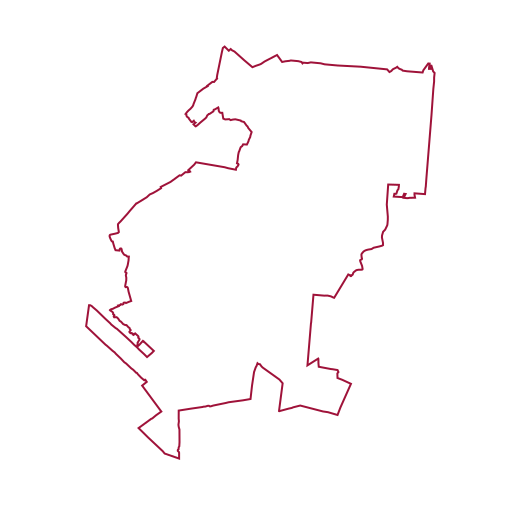 Adamclisi, Constanta, Romania (orthographic projection), rotated 6°
{"feature_id": "2599482B83158336135289", "entity_name": "Adamclisi", "entity_type": "district", "adm_level": 2, "iso_a3": "ROU", "parent_name": "Romania", "parent_adm1": "Constanta", "projection": "orthographic", "projection_center": [27.939, 44.112], "detail": "fine", "context": "isolated", "style": "outline", "palette": "rose", "viewbox_px": 512, "rotation_deg": 6, "n_neighbors": 0, "source": "geoboundaries", "source_scale": "gbopen_adm2", "svg_char_len": 6057}
<svg xmlns="http://www.w3.org/2000/svg" viewBox="0 0 512 512"><g transform="rotate(6 256 256)"><path d="M417.6,176.8L417.5,170.7L417.6,169.4L417.3,159.8L415.8,97.7L414.9,71.3L414.9,63.9L414.5,59.9L414.5,55.3L412.9,53.9L410.6,48.4L410.4,48.4L410.3,48.9L410.6,51.6L408.5,51.8L408.4,50.9L408.6,46.5L407.2,46.5L403.0,53.8L402.5,56.1L386.9,56.5L382.5,56.3L381.5,55.5L378.9,54.8L377.4,53.8L376.7,53.1L375.6,54.1L373.3,55.5L372.5,56.1L371.2,57.9L369.5,59.1L366.9,56.7L340.3,56.8L317.4,58.0L304.2,58.2L300.2,57.6L290.3,57.7L287.3,58.7L282.8,58.8L282.1,59.6L281.0,58.3L277.6,57.8L270.2,57.9L268.9,58.4L264.8,59.3L261.7,60.3L255.9,53.9L244.3,61.6L241.0,64.4L239.6,65.2L236.1,66.8L232.7,68.6L223.6,62.4L213.2,54.9L210.6,53.9L209.2,52.8L207.5,54.7L202.9,51.0L201.3,52.6L200.8,56.5L198.5,80.1L198.4,83.0L198.8,83.5L198.7,83.8L198.3,84.1L196.1,87.3L194.4,87.4L189.7,91.8L190.1,92.2L186.1,95.1L180.7,100.2L180.0,103.8L179.6,105.3L179.4,106.5L178.0,111.4L177.8,112.6L177.2,114.0L175.4,116.5L173.8,118.2L172.4,120.0L171.2,122.0L171.7,122.1L172.0,122.6L172.1,123.6L172.7,124.6L174.6,125.7L174.8,126.3L177.7,129.4L178.5,129.6L180.0,128.0L180.9,129.3L181.9,129.7L180.1,131.6L182.3,133.4L182.5,133.4L184.1,132.0L186.8,129.0L191.1,124.6L192.1,123.4L192.8,121.3L194.0,120.0L194.2,119.7L194.9,119.6L198.5,116.6L198.6,116.3L198.6,115.2L198.8,114.9L199.8,114.5L202.9,112.2L203.3,113.0L203.8,115.5L204.8,116.9L205.4,117.2L206.1,117.3L207.5,117.1L209.1,122.8L211.1,123.4L215.1,122.7L216.5,123.5L218.8,122.7L221.2,122.2L226.7,122.9L227.2,123.5L230.1,124.0L233.1,127.4L234.0,128.0L235.0,129.6L238.7,133.2L237.9,136.8L237.8,138.3L236.7,141.2L236.6,142.3L236.1,143.9L235.3,146.1L231.5,146.3L230.8,148.1L229.5,149.3L229.2,150.1L228.5,153.0L228.3,153.8L228.0,154.4L227.7,157.4L227.7,162.5L227.4,165.8L228.7,166.2L229.1,167.0L228.2,169.0L227.5,169.6L227.1,170.3L227.0,172.3L219.1,171.6L215.6,171.0L186.5,169.1L185.0,171.6L179.6,177.8L179.7,178.0L180.3,177.9L181.4,178.6L181.7,179.0L180.8,179.5L178.9,179.9L177.0,180.0L173.1,183.9L171.8,183.7L171.5,183.8L163.2,191.3L154.0,197.3L154.5,198.5L150.4,201.7L146.9,204.2L143.9,205.9L141.2,209.0L131.6,216.4L131.4,216.3L125.8,224.3L123.9,227.2L117.6,235.9L116.4,237.3L115.4,238.8L115.5,239.8L116.0,242.5L117.1,246.5L116.3,247.5L113.6,248.5L109.0,250.0L108.5,250.4L108.3,250.8L108.4,252.0L109.3,253.8L110.3,255.5L111.1,256.5L112.1,256.6L112.8,258.6L114.6,262.9L115.7,264.9L119.6,264.9L119.7,263.5L120.0,262.9L120.8,262.6L121.2,262.7L121.6,263.2L122.3,265.6L124.0,267.7L124.8,268.5L127.1,269.2L127.6,269.8L128.1,270.0L129.6,269.9L129.6,271.1L129.7,273.8L129.4,278.0L129.2,279.5L127.6,285.1L127.7,285.7L127.9,285.9L128.3,286.0L129.0,286.5L128.6,288.4L128.6,288.9L129.3,291.2L129.5,293.7L129.0,299.7L129.2,300.2L129.6,300.6L130.9,300.3L131.6,300.7L132.0,301.5L133.0,304.8L136.6,313.8L134.3,314.9L131.6,316.4L131.3,316.2L130.7,316.0L129.5,316.2L129.2,316.4L129.1,317.7L128.9,317.8L128.3,318.2L128.0,318.3L126.8,318.0L126.5,318.1L126.2,318.9L124.2,319.6L124.7,320.2L121.0,322.2L119.3,323.4L117.5,324.1L116.6,324.8L116.4,325.1L116.6,325.3L118.9,326.5L119.6,327.2L119.9,327.6L120.0,328.8L121.2,329.4L121.4,329.8L120.8,330.9L121.1,331.5L121.4,331.8L123.6,331.4L124.5,331.8L124.8,332.2L125.5,332.7L127.2,334.8L128.4,335.3L129.5,336.2L131.0,337.6L133.3,338.4L134.1,338.2L134.9,338.6L135.1,338.9L136.6,340.2L137.7,340.8L137.9,341.0L138.1,341.8L138.8,342.4L139.1,342.8L138.0,344.6L138.1,344.9L139.1,345.8L139.6,345.9L140.2,345.6L141.1,345.9L141.7,346.2L141.6,346.9L142.5,347.3L143.9,345.6L147.1,347.9L147.5,348.4L147.4,349.5L147.5,349.7L148.5,350.3L148.8,350.7L148.9,351.1L147.3,354.7L147.5,355.4L147.3,356.9L148.1,357.8L149.3,356.5L152.4,352.2L153.1,352.6L153.0,353.0L153.6,353.3L154.0,353.3L164.3,361.1L162.5,363.4L158.2,367.9L155.0,365.3L149.6,361.3L147.3,359.3L144.0,357.0L141.1,354.6L135.4,350.3L125.2,342.9L124.0,342.4L119.1,339.2L118.1,338.2L112.6,334.1L103.3,326.8L99.2,324.0L97.9,323.0L96.3,322.3L95.1,322.4L94.4,343.6L115.7,360.0L116.9,360.7L123.3,365.3L125.6,366.7L126.7,367.8L132.4,372.2L136.1,375.4L138.1,376.5L143.7,380.8L145.8,382.0L149.1,384.7L149.7,384.7L150.0,384.9L150.8,385.9L154.5,389.0L157.9,391.3L158.2,391.2L158.7,390.6L158.9,390.7L160.5,392.6L156.3,396.8L178.1,420.6L173.3,424.8L169.8,428.4L168.8,428.9L157.2,439.4L167.6,447.7L183.7,459.9L185.8,462.0L200.7,465.5L200.1,459.7L199.8,459.0L198.6,458.0L198.5,457.4L198.6,456.9L199.2,456.2L199.1,455.0L199.2,454.1L199.6,453.3L199.4,449.2L198.0,436.6L197.0,434.0L196.5,431.9L196.6,428.5L196.1,425.8L195.3,417.8L207.3,414.6L218.8,411.7L219.3,411.4L221.5,411.0L223.5,410.1L224.5,409.9L224.9,409.9L225.8,410.4L226.8,410.2L229.1,409.2L241.4,405.3L244.1,404.3L258.1,400.9L265.5,398.8L265.6,385.2L266.2,371.6L267.4,366.6L268.0,365.4L268.7,362.5L269.7,363.2L271.2,363.2L273.1,365.3L274.4,366.3L292.2,376.4L295.8,379.8L295.1,407.8L295.3,407.9L304.6,404.3L307.4,403.4L308.8,402.6L315.6,400.1L338.9,403.6L343.9,403.8L353.7,405.6L355.8,397.8L363.8,373.2L354.7,370.1L349.8,368.8L349.2,364.3L350.1,362.8L349.0,360.9L344.1,360.6L342.3,360.6L330.0,359.6L329.3,356.1L328.8,351.8L328.6,351.5L318.6,359.4L317.7,317.0L317.8,316.6L317.2,288.5L327.9,288.3L331.5,287.9L334.7,288.3L337.5,289.3L338.1,289.4L349.7,264.7L351.2,265.2L352.1,266.1L352.7,266.0L352.9,265.7L352.6,265.5L352.5,265.2L353.5,265.0L354.1,264.4L354.5,262.6L354.9,261.9L356.9,259.9L357.8,259.4L359.6,258.9L361.9,258.7L362.8,258.5L363.2,258.3L363.4,257.8L362.5,254.7L360.3,250.5L360.0,249.6L360.2,249.0L361.5,248.3L361.7,247.9L361.7,247.4L361.2,246.3L361.0,245.2L360.8,244.3L360.7,243.4L361.0,242.5L362.5,240.3L363.6,239.4L365.0,238.6L366.9,237.9L370.2,237.0L372.1,235.5L377.7,233.6L380.2,232.6L381.0,232.1L381.2,231.9L381.0,230.6L381.0,229.9L379.3,224.4L379.2,222.4L379.9,218.6L381.7,216.3L383.3,211.8L383.4,210.6L383.3,206.4L383.0,203.1L380.7,191.2L380.0,171.1L390.7,170.3L390.8,172.0L390.6,174.7L389.8,175.9L389.1,179.3L388.3,179.6L387.1,179.7L386.8,182.5L395.8,182.1L396.8,178.6L398.3,178.7L396.8,182.7L400.2,182.7L401.8,182.4L402.6,182.1L408.1,181.4L407.2,178.5L407.1,177.1L417.6,176.8Z" fill="none" stroke="#9f1239" stroke-width="2"/></g></svg>